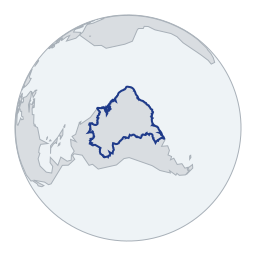 the Earth from above Brazil, rotated 291°
{"feature_id": "BRA", "entity_name": "Brazil", "entity_type": "country or territory", "adm_level": 0, "iso_a3": "BRA", "parent_name": "South America", "parent_adm1": "", "projection": "orthographic", "projection_center": [-55.283, -14.242], "detail": "fine", "context": "on_globe", "style": "outline", "palette": "blue", "viewbox_px": 256, "rotation_deg": 291, "n_neighbors": 0, "source": "natural_earth", "source_scale": "50m", "svg_char_len": 10796}
<svg xmlns="http://www.w3.org/2000/svg" viewBox="0 0 256 256"><g transform="rotate(291 128 128)"><circle cx="128" cy="128" r="113" fill="#eef3f6" stroke="#a8b0b8"/><path d="M96.0,20.0L97.1,19.7L100.3,18.9L99.6,19.2L102.7,18.3L102.7,18.2L104.1,17.9L106.0,17.5L105.4,17.7L104.4,17.9L105.2,17.8L104.1,18.1L105.7,17.8L104.8,18.3L108.5,17.2L110.1,17.2L108.7,17.7L105.3,18.3L93.6,22.1L91.1,23.4L91.2,24.3L98.8,24.3L97.6,25.7L98.6,27.1L100.9,25.8L100.9,24.4L105.5,22.7L105.0,21.4L106.8,20.7L107.7,19.5L111.4,19.1L114.5,19.5L113.9,20.6L115.3,20.9L119.0,19.6L120.9,21.9L127.4,23.9L127.5,24.8L122.0,26.4L114.1,26.7L107.0,30.1L115.5,27.5L115.6,30.2L117.2,30.7L119.5,30.4L121.0,29.3L121.8,30.4L113.7,33.0L112.8,32.1L115.4,31.2L111.7,31.5L106.2,33.9L106.7,35.4L97.9,38.5L98.1,39.7L96.4,41.3L96.6,39.0L96.0,43.4L85.8,49.8L84.8,58.8L81.5,52.4L77.8,52.3L73.1,53.4L72.8,54.8L67.0,55.1L61.0,59.5L57.5,67.5L58.6,72.9L65.2,71.5L67.7,67.7L72.8,66.0L68.0,75.9L76.8,75.7L75.2,83.1L77.6,86.5L82.3,84.9L87.1,86.1L90.9,81.4L96.8,78.5L96.6,84.5L100.1,78.8L103.3,81.4L115.3,80.7L114.3,82.1L124.4,89.1L135.8,92.4L138.4,97.1L137.0,100.0L141.1,100.9L141.1,102.8L157.7,106.8L166.4,112.5L166.3,119.4L159.4,126.8L153.9,143.9L141.6,149.0L139.0,156.2L130.4,166.8L122.9,165.9L125.6,171.4L121.9,174.7L117.2,175.0L117.0,178.9L113.5,179.1L116.2,181.6L111.6,187.0L114.0,191.1L110.9,195.5L112.7,197.9L111.1,197.9L109.8,199.0L110.0,200.4L104.8,198.4L102.2,192.8L103.2,189.9L101.1,189.6L103.1,182.1L101.2,183.7L99.8,173.0L101.5,164.1L100.8,139.7L98.0,135.2L89.4,130.5L79.0,114.9L81.4,107.9L79.2,105.0L86.2,95.0L84.6,86.9L82.3,86.1L79.7,89.5L71.9,85.6L69.6,80.1L48.3,76.2L46.6,74.1L47.6,69.6L45.5,58.5L44.1,70.1L42.3,68.6L41.8,64.9L43.3,63.2L44.6,57.6L43.7,56.5L47.8,49.8L57.7,40.1L57.3,40.7L59.7,38.7L60.4,37.9L60.3,38.0L66.9,33.4L73.8,29.3L80.9,25.7L88.3,22.6L96.0,20.0ZM83.7,62.1L93.8,65.6L87.5,66.8L88.8,65.8L86.3,64.2L81.6,63.1L76.2,64.9L83.7,62.1ZM89.4,56.3L87.6,56.1L89.4,55.9L89.4,56.3ZM60.0,38.2L58.7,39.4L58.2,39.7L59.3,38.7L60.0,38.2ZM105.6,19.8L106.6,19.6L105.9,19.9L105.6,19.8ZM105.0,19.5L103.5,20.0L103.0,20.0L103.9,19.7L105.0,19.5ZM107.1,19.0L102.3,19.8L101.4,19.8L104.4,18.7L107.1,19.0ZM101.9,18.4L102.0,18.5L100.2,18.9L101.9,18.4ZM116.1,16.0L114.2,16.2L114.4,16.2L116.1,16.0ZM113.8,202.8L105.4,199.2L110.0,200.8L112.2,198.4L117.0,201.3L113.8,202.8ZM120.8,196.8L124.0,195.6L125.0,196.3L123.0,197.3L120.8,196.8ZM215.9,57.6L216.6,58.5L210.9,51.9L209.1,49.9L201.1,42.7L202.9,44.5L210.6,51.7L209.6,50.7L212.1,53.8L209.4,50.7L200.5,43.0L198.1,42.8L200.3,49.5L197.8,49.5L193.2,47.2L187.1,39.4L193.4,40.4L191.4,38.2L185.5,34.4L188.0,35.2L186.4,34.0L188.3,34.4L186.6,32.4L187.9,32.8L182.9,29.7L185.8,31.4L188.6,33.1L189.6,33.7L196.9,38.9L203.7,44.6L210.1,50.9L215.9,57.6ZM187.5,32.3L186.2,31.5L187.5,32.3ZM180.0,28.1L179.3,27.8L174.0,25.2L173.5,25.0L180.0,28.1ZM235.5,161.6L234.0,165.0L230.8,172.9L229.4,174.5L227.1,178.8L224.1,182.5L220.3,185.4L217.5,182.8L219.9,178.6L222.5,169.5L227.3,148.9L230.8,141.0L231.6,134.2L229.3,118.0L230.0,110.5L228.7,106.7L226.4,106.6L224.6,102.1L222.9,101.5L210.6,101.0L205.1,95.0L194.6,79.0L195.6,73.6L192.8,67.1L197.4,49.5L201.6,51.5L209.0,52.4L210.5,53.6L213.3,57.8L221.7,66.5L220.1,63.5L222.5,66.8L226.8,73.8L230.5,81.2L233.6,88.8L236.2,96.6L238.2,104.6L239.6,112.7L240.4,120.9L240.6,129.2L240.2,137.4L239.3,145.6L237.7,153.6L235.5,161.6ZM199.7,58.7L200.5,60.4L200.5,60.5L199.7,58.7ZM115.7,80.6L117.1,81.7L115.1,81.8L115.7,80.6ZM86.4,69.2L88.6,69.1L89.7,69.8L87.9,70.3L86.4,69.2ZM106.1,67.6L108.9,68.0L105.9,68.6L106.1,67.6ZM95.4,66.0L103.9,67.6L98.2,69.6L92.9,68.8L96.7,68.0L95.4,66.0ZM87.8,59.4L89.1,59.6L88.5,60.7L87.8,59.4ZM90.7,56.1L90.2,56.3L89.6,55.6L90.7,56.1ZM116.0,30.1L116.7,29.9L118.9,29.9L117.7,30.4L116.0,30.1ZM129.9,27.9L131.0,29.6L129.4,28.6L127.8,29.4L122.6,28.5L127.3,25.2L126.1,26.7L129.9,27.9ZM116.8,26.8L119.6,27.4L116.3,26.9L116.8,26.8ZM175.6,27.8L177.8,28.6L179.2,29.8L177.5,30.1L175.4,28.4L175.6,27.8ZM180.4,29.7L173.6,26.0L174.4,26.0L175.1,26.6L176.3,26.9L177.8,28.0L185.2,32.0L186.9,33.3L182.9,32.6L183.2,32.0L181.1,31.0L180.4,29.7ZM154.9,19.6L151.9,18.8L157.4,19.5L159.5,20.2L158.0,20.4L154.6,19.6L154.9,19.6ZM113.3,17.2L111.8,17.4L113.3,17.0L113.3,17.2ZM111.8,16.5L110.8,16.7L113.7,16.3L113.1,16.4L115.2,16.1L119.9,16.3L118.4,16.5L122.9,16.8L120.9,17.5L118.0,17.2L119.8,18.1L116.4,18.2L118.0,18.9L111.9,18.1L108.9,18.5L113.0,17.8L115.0,17.1L115.0,16.9L112.7,16.7L107.2,17.4L108.3,17.1L109.6,16.9L111.8,16.5ZM145.1,16.7L146.8,16.9L145.3,16.7L148.6,17.3L145.8,16.8L146.4,17.1L148.8,17.4L140.5,17.6L139.2,18.6L139.6,19.8L134.7,19.2L131.2,17.9L129.0,16.6L131.0,16.0L128.4,16.0L128.6,15.8L130.5,15.8L127.7,15.6L128.3,15.5L126.4,15.4L125.2,15.4L135.2,15.6L145.1,16.7ZM210.1,52.4L210.8,52.9L211.6,53.3L213.2,55.4L210.1,52.4ZM204.1,47.1L204.5,47.1L207.1,49.9L206.3,49.5L204.1,47.1ZM202.4,44.9L204.3,46.9L202.8,45.5L202.4,44.9ZM186.0,31.4L186.1,31.5L187.0,32.0L187.9,32.6L186.0,31.4ZM218.6,61.0L218.2,60.5L217.8,60.0L218.1,60.4L218.6,61.0Z" fill="#d9dde1" stroke="#a8b0b8" stroke-width="1"/><path d="M105.4,98.5L106.4,99.3L106.9,99.3L107.7,98.9L108.0,99.1L107.9,99.4L108.1,99.4L108.8,98.6L110.5,97.7L110.9,96.9L112.0,96.5L112.1,96.0L110.9,95.9L110.9,95.5L110.5,94.6L110.5,93.8L109.7,93.1L109.4,92.6L109.9,92.8L110.6,92.8L110.9,93.2L112.3,93.1L113.0,93.7L113.4,93.6L113.5,92.9L114.1,92.7L114.6,92.8L115.2,92.6L116.3,91.9L116.8,91.9L117.5,91.2L117.3,90.6L117.5,90.6L118.5,90.5L118.8,90.8L118.5,91.8L119.3,92.1L119.3,92.4L119.6,92.9L119.0,93.6L119.1,94.0L118.8,95.3L119.0,95.9L119.2,96.1L119.2,96.8L119.4,97.1L120.2,97.7L121.0,98.1L121.7,97.9L121.7,97.6L122.0,97.3L122.6,97.4L122.7,97.2L123.5,97.1L123.9,96.6L124.4,96.5L124.9,96.7L125.6,96.6L126.7,96.8L126.8,96.4L126.3,96.0L126.7,95.5L127.1,95.7L128.6,95.4L129.2,95.9L130.3,96.3L131.0,95.8L131.5,96.0L131.8,95.9L132.0,96.1L132.6,96.2L133.2,95.7L133.8,94.3L135.3,92.2L135.5,92.2L136.0,92.6L137.0,96.3L137.5,96.9L138.5,97.3L138.6,98.2L137.8,98.8L136.9,100.0L135.9,100.5L135.0,101.8L135.0,102.3L134.6,102.6L134.5,102.9L134.0,102.9L133.1,103.3L134.1,103.5L134.6,103.4L136.6,102.2L136.7,102.4L136.6,102.5L137.0,103.7L137.6,104.2L138.4,103.9L138.9,104.1L139.7,103.8L139.1,105.5L139.4,105.2L139.9,104.1L140.3,104.0L140.9,103.3L141.4,103.6L141.6,103.3L141.4,103.1L141.4,102.7L142.1,101.9L143.1,101.8L143.4,102.0L143.4,101.8L143.7,101.8L144.6,102.1L145.0,102.5L145.7,102.6L146.9,103.3L147.2,103.3L147.5,104.0L148.0,103.5L148.6,104.1L148.8,104.1L149.0,104.7L148.6,105.1L148.7,105.3L149.2,104.9L149.3,105.3L149.0,105.4L148.9,105.7L148.6,106.9L149.2,106.4L149.6,105.5L149.8,105.6L149.6,106.2L150.1,105.8L151.1,105.7L151.2,105.4L152.1,105.6L153.4,106.4L154.1,106.3L154.8,106.7L156.8,106.6L157.7,106.8L160.5,108.6L161.3,109.6L162.1,110.4L162.7,110.7L162.9,111.1L164.0,111.6L165.1,111.6L165.9,111.8L166.4,112.7L167.1,116.1L167.0,117.4L166.7,118.3L166.3,119.2L165.4,120.4L165.1,120.7L164.9,120.6L164.9,120.9L163.8,122.1L162.8,122.7L162.0,123.7L162.0,123.4L161.3,125.1L160.2,126.4L159.7,126.6L159.7,126.2L159.4,125.9L159.1,126.2L159.2,126.5L159.1,127.0L158.7,127.4L158.5,127.8L158.5,128.7L158.6,128.8L158.7,128.7L158.4,129.9L158.6,132.3L157.8,134.8L157.8,135.8L156.8,136.9L156.4,139.4L155.9,139.7L155.1,141.3L154.3,141.9L154.0,142.5L153.8,143.0L153.8,144.0L152.5,144.5L151.9,145.0L152.0,145.4L151.8,145.7L150.1,145.7L149.8,145.2L149.7,145.3L149.7,145.7L148.5,145.8L148.3,145.8L148.9,145.7L148.5,145.5L147.1,145.7L147.1,146.0L145.8,146.7L145.6,147.1L144.7,147.0L143.0,147.8L141.0,149.3L141.0,149.6L140.5,150.0L140.6,149.8L140.2,149.7L140.1,150.1L139.6,149.9L139.7,150.1L140.2,150.4L139.9,150.8L139.7,150.8L139.8,151.0L139.7,151.5L139.7,151.9L139.6,152.5L139.7,153.4L139.5,154.1L139.5,155.1L139.2,156.0L138.3,156.6L137.5,157.5L136.4,159.5L135.3,161.0L133.4,162.6L133.4,162.1L133.7,162.1L134.0,162.0L134.7,161.4L134.9,160.8L135.2,160.7L135.3,160.4L135.8,160.0L135.7,159.5L136.0,159.5L136.0,159.2L135.2,159.4L134.8,158.7L134.8,159.1L135.0,159.3L134.8,160.1L134.6,159.9L134.4,160.7L133.6,161.2L133.2,162.2L133.2,162.7L132.3,164.5L131.1,165.6L130.9,165.5L130.9,164.6L131.6,163.7L130.8,163.1L130.5,162.5L129.8,162.1L129.2,161.4L128.2,161.0L127.5,160.2L127.1,160.5L126.8,160.6L126.7,160.1L125.4,158.8L124.9,158.9L124.7,159.1L124.0,159.0L125.2,157.8L126.9,155.5L127.3,155.5L127.2,155.2L128.3,154.5L128.8,153.9L129.7,153.7L130.5,153.1L130.7,152.7L130.8,151.4L130.5,150.3L130.3,150.1L129.2,150.1L129.5,149.3L129.7,147.3L129.9,147.2L129.2,146.7L128.2,147.1L127.8,147.0L127.3,144.9L127.4,144.5L127.1,143.9L126.2,143.7L125.9,143.4L125.5,143.7L125.0,143.7L123.3,143.5L123.1,143.3L123.3,141.3L122.7,139.7L123.2,139.3L122.7,138.8L123.5,137.5L123.4,137.2L123.9,135.8L123.2,134.5L122.9,134.5L122.2,133.9L122.0,132.9L122.2,132.1L118.8,132.1L118.6,130.5L118.0,129.8L118.5,129.8L118.5,128.8L118.1,128.0L118.2,127.7L118.0,127.2L116.9,126.7L115.6,126.8L114.9,126.1L113.7,125.8L113.1,125.2L112.6,125.2L111.9,124.8L111.5,124.9L110.5,124.8L110.3,124.4L109.4,123.9L109.2,123.5L108.6,122.5L108.7,122.1L108.5,121.1L108.7,120.4L108.5,119.5L106.3,120.0L104.7,121.0L104.2,121.6L103.5,121.7L103.1,122.3L102.5,122.6L101.3,122.3L100.0,122.4L99.3,122.7L98.9,122.5L98.7,122.6L98.6,120.3L98.8,119.5L97.5,120.7L95.8,120.9L95.8,120.5L95.3,119.9L93.8,119.8L94.2,119.2L93.1,117.8L92.6,117.0L92.7,116.7L92.2,116.3L92.2,116.0L92.7,115.8L92.5,115.4L92.6,115.0L93.7,114.1L93.5,113.4L93.9,112.4L94.1,111.4L96.0,110.1L97.6,109.7L97.9,109.3L98.7,109.2L99.0,109.5L99.5,109.5L100.5,103.4L100.1,102.6L100.1,102.1L99.2,101.5L99.3,100.1L100.4,99.7L101.0,99.8L101.0,99.5L100.7,99.1L99.7,99.2L99.7,97.9L100.3,97.8L102.9,97.7L102.7,97.5L102.8,97.2L103.3,97.6L104.4,96.9L104.9,97.6L105.0,98.6L105.4,98.5ZM139.1,100.9L140.1,100.8L141.5,101.1L141.2,102.2L140.6,102.8L140.6,103.1L140.2,103.3L140.0,103.1L139.9,103.5L139.3,103.3L139.2,103.7L138.7,103.8L138.2,103.7L137.4,103.8L136.9,102.7L137.2,102.5L137.0,102.4L136.8,102.1L137.1,100.9L137.9,100.6L139.1,100.9ZM135.9,102.3L134.6,103.1L135.1,102.4L135.1,102.0L135.3,101.6L135.9,101.4L136.1,101.6L135.9,102.3ZM137.8,100.0L139.0,100.0L138.5,100.5L137.7,100.3L137.8,100.0ZM137.7,99.9L137.5,100.4L137.1,100.3L137.6,99.3L137.7,99.9ZM139.5,100.6L138.9,100.7L138.7,100.6L139.3,100.3L139.6,100.4L139.5,100.6ZM137.1,100.6L136.6,101.0L136.3,100.8L136.4,100.6L136.7,100.5L137.1,100.5L137.1,100.6ZM138.1,99.7L137.9,99.7L137.8,99.4L138.3,99.2L138.1,99.7ZM137.8,96.7L137.5,96.8L137.4,96.3L137.7,96.3L137.8,96.7ZM140.0,153.8L139.7,154.6L139.7,154.1L140.0,153.8ZM145.9,146.9L145.9,147.4L145.6,147.3L145.9,146.9ZM139.8,151.9L139.6,151.7L139.9,151.5L139.8,151.9ZM149.0,106.4L148.9,106.6L148.9,106.1L149.1,106.0L149.0,106.4ZM159.5,126.7L159.2,126.8L159.4,126.5L159.5,126.7ZM148.0,145.9L147.7,146.0L147.6,145.9L147.8,145.8L148.0,145.9ZM158.9,127.4L158.7,127.7L158.9,127.4ZM148.3,103.3L148.2,103.4L148.1,103.2L148.3,103.3Z" fill="none" stroke="#1e3a8a" stroke-width="2"/></g></svg>